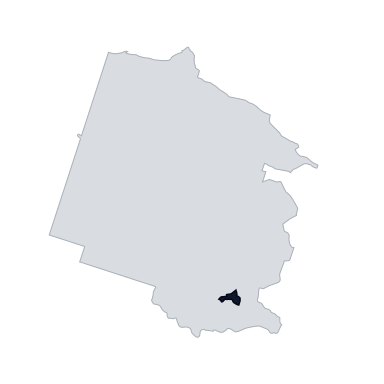 As Salam - SD, Southern Darfur, Sudan (highlighted), rotated 288°
{"feature_id": "16777658B71256064026626", "entity_name": "As Salam - SD", "entity_type": "district", "adm_level": 2, "iso_a3": "SDN", "parent_name": "Sudan", "parent_adm1": "Southern Darfur", "projection": "robinson", "projection_center": [24.695, 11.734], "detail": "fine", "context": "in_parent", "style": "filled", "palette": "ink", "viewbox_px": 384, "rotation_deg": 288, "n_neighbors": 0, "source": "geoboundaries", "source_scale": "gbopen_adm2", "svg_char_len": 5112}
<svg xmlns="http://www.w3.org/2000/svg" viewBox="0 0 384 384"><g transform="rotate(288 192 192)"><path d="M256.5,303.5L253.5,303.5L253.1,302.7L253.2,300.5L253.5,298.8L254.6,296.1L254.3,294.6L254.5,292.5L253.6,290.1L246.2,283.2L244.8,281.3L240.8,279.6L241.5,277.6L239.7,263.5L240.5,261.9L240.7,259.4L240.7,257.2L241.6,253.6L241.7,252.1L233.9,252.0L233.8,253.5L234.2,255.3L234.2,256.0L223.3,256.0L227.7,261.5L227.9,264.0L227.7,267.0L227.7,268.9L228.0,270.2L229.2,272.7L229.1,273.1L228.9,273.7L221.2,281.1L219.9,284.5L218.9,286.3L216.7,289.4L209.6,297.2L208.5,297.8L203.1,298.0L202.6,298.2L202.2,298.6L201.9,298.5L197.3,293.9L189.5,288.3L184.4,291.2L183.0,292.3L183.0,295.0L182.3,296.3L180.9,297.8L177.1,298.8L175.1,299.6L172.8,301.1L170.5,303.6L170.3,304.9L170.6,306.1L157.5,306.0L156.6,305.1L154.7,300.9L153.4,301.2L141.5,300.7L139.8,301.1L136.4,302.8L134.7,303.1L132.9,302.3L126.6,294.1L125.3,293.1L123.8,291.2L122.5,290.3L122.0,289.7L121.9,288.8L121.9,287.0L121.5,285.9L120.5,285.6L112.1,287.5L110.9,287.3L109.1,287.7L108.5,288.0L107.8,289.1L107.7,291.3L107.5,292.5L106.8,293.7L104.4,296.5L103.9,297.7L104.0,300.8L103.8,302.3L103.5,303.0L102.4,304.2L102.0,304.9L101.6,308.8L100.3,311.2L100.0,312.0L99.9,313.8L99.7,314.3L95.9,315.6L94.5,316.5L93.6,317.8L93.4,318.4L91.8,317.9L89.7,317.6L85.7,317.2L84.1,316.5L83.4,315.6L83.6,313.2L83.2,312.7L82.6,312.3L82.2,311.3L82.2,310.0L84.3,307.3L84.8,305.8L85.3,298.9L85.2,296.8L83.5,292.9L79.7,286.2L78.8,284.9L74.0,279.4L73.5,278.6L72.3,276.3L73.6,271.2L73.7,269.8L73.3,268.4L72.1,267.3L71.1,267.2L69.6,265.8L68.7,265.2L67.9,264.0L67.3,262.3L67.8,256.3L67.5,255.5L66.3,255.3L66.0,254.9L66.0,253.7L65.4,250.3L64.7,247.5L65.1,245.9L64.0,243.8L62.1,242.9L58.3,243.6L57.1,243.5L56.3,243.1L55.7,242.3L55.4,241.4L55.7,240.0L56.8,237.4L58.1,235.3L60.9,233.4L61.6,232.4L62.0,231.3L62.1,230.0L61.9,228.6L61.6,227.4L60.8,225.8L60.1,223.8L60.1,222.5L60.4,221.6L61.2,220.5L63.9,218.2L66.7,216.4L67.1,215.8L67.0,215.0L65.7,213.5L65.3,210.5L64.6,208.5L66.0,207.0L67.1,206.4L68.7,205.9L69.3,205.3L69.5,204.1L69.5,202.9L70.1,202.0L70.8,200.1L71.5,199.3L73.6,197.1L74.1,195.7L74.2,194.3L73.7,190.1L74.9,188.4L76.5,187.0L78.7,187.1L82.2,186.8L84.6,186.2L86.3,186.2L90.2,187.0L90.6,186.6L90.8,185.5L90.8,106.8L106.8,106.8L107.0,106.7L107.0,69.5L207.6,69.5L208.4,69.3L209.9,65.9L210.6,65.6L211.6,65.8L212.0,66.6L211.2,69.5L299.0,69.4L299.2,73.7L300.0,77.1L302.6,82.0L304.8,84.6L305.6,86.0L305.6,86.7L305.6,87.3L304.9,86.6L303.8,86.1L303.7,88.4L304.3,93.1L305.3,96.3L304.7,99.4L304.9,104.5L306.1,110.6L305.9,114.5L307.9,123.7L309.8,128.8L310.8,130.0L311.9,130.7L314.1,131.1L317.2,133.7L319.7,136.4L320.6,137.9L321.9,139.4L322.7,139.1L323.2,138.7L324.0,140.0L328.0,142.7L328.6,144.0L327.2,145.2L325.6,147.4L324.9,149.4L324.4,150.0L323.2,151.2L322.9,151.8L322.4,152.2L321.8,152.2L320.4,152.9L319.2,152.7L318.0,153.1L317.6,153.6L316.6,154.0L315.3,154.2L313.3,155.9L311.5,156.7L310.9,157.4L310.1,160.7L309.4,161.6L306.8,161.7L305.5,162.0L303.7,161.6L302.9,161.7L302.7,162.4L302.4,165.2L302.5,166.5L301.0,169.8L301.6,175.9L300.2,180.5L300.0,181.5L298.6,185.2L297.9,186.5L296.2,193.3L295.5,195.4L294.0,197.6L295.8,214.0L294.5,219.0L294.6,221.7L293.7,225.8L293.0,227.6L291.8,229.9L290.9,232.4L290.0,235.7L289.5,242.0L289.3,242.6L284.6,243.3L283.1,243.8L282.1,244.5L280.9,246.1L278.6,250.5L277.3,253.2L275.4,256.9L273.1,259.6L272.7,260.8L272.3,263.2L271.5,267.0L270.7,269.6L270.9,271.8L270.2,275.5L270.3,277.3L269.5,278.3L268.5,279.3L267.7,279.6L264.4,277.0L262.2,278.8L260.7,281.2L259.6,283.6L260.3,288.8L260.3,289.9L260.0,291.2L257.8,296.2L257.2,298.5L256.6,302.6L256.5,303.5Z" fill="#d9dde1" stroke="#a8b0b8" stroke-width="1"/><path d="M105.1,256.6L104.3,257.0L103.6,257.4L103.4,256.9L102.8,255.6L102.5,255.0L102.3,254.6L101.5,252.7L101.3,252.4L100.5,251.6L98.3,250.7L98.2,251.7L97.7,253.2L97.5,253.4L97.1,253.5L96.9,253.6L96.9,253.9L96.8,254.1L96.7,254.3L96.9,254.5L97.0,254.7L97.2,255.0L97.5,255.2L98.0,255.4L98.5,255.5L98.8,255.7L99.1,255.8L99.3,256.1L99.5,256.2L99.8,256.1L100.1,256.3L100.3,256.4L100.4,256.6L100.4,256.9L100.5,257.1L100.5,257.4L100.5,257.6L100.5,258.0L100.6,258.5L100.8,258.7L100.9,258.9L101.2,259.1L101.2,259.4L101.2,259.6L101.3,259.9L101.4,260.2L101.4,260.4L101.4,260.5L101.5,260.9L101.6,261.2L101.7,261.4L101.7,261.6L101.8,261.7L102.0,262.3L102.1,262.5L102.2,262.8L102.2,263.1L102.0,263.5L101.9,263.7L101.6,263.9L101.4,264.0L101.1,264.3L100.9,264.4L100.7,264.7L100.4,265.0L100.1,265.3L100.0,265.6L99.8,266.1L99.6,266.3L99.5,266.6L99.5,266.8L99.5,267.2L99.2,268.0L99.0,269.1L98.9,269.7L98.9,270.4L98.9,271.2L98.9,271.4L99.0,271.5L99.3,271.5L100.0,271.3L100.7,271.4L101.5,271.3L102.1,271.4L102.7,271.4L103.1,271.3L103.7,271.2L103.8,271.2L104.1,271.1L104.6,270.9L105.0,270.8L105.6,270.6L105.9,270.4L106.1,270.3L106.2,270.1L106.4,269.8L106.8,268.6L107.0,268.0L107.1,267.2L107.1,266.5L107.9,266.4L108.5,266.4L108.7,266.2L109.1,266.1L109.5,265.8L110.2,265.5L110.6,265.3L110.9,265.1L111.1,264.7L111.5,264.5L111.7,264.4L112.3,264.1L111.7,263.7L111.0,263.3L110.2,262.7L108.3,261.5L106.8,260.1L105.9,258.0L105.1,256.6Z" fill="#0f172a" stroke="#020617" stroke-width="1.5"/></g></svg>